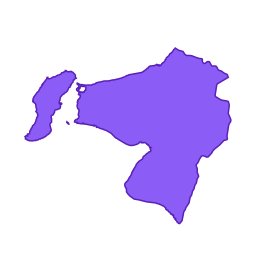 San Rafael del Yuma, La Altagracia, Dominican Republic, rotated 99°
{"feature_id": "3306468B72129908795789", "entity_name": "San Rafael del Yuma", "entity_type": "district", "adm_level": 2, "iso_a3": "DOM", "parent_name": "Dominican Republic", "parent_adm1": "La Altagracia", "projection": "equal_earth", "projection_center": [-68.667, 18.325], "detail": "fine", "context": "isolated", "style": "filled", "palette": "violet", "viewbox_px": 256, "rotation_deg": 99, "n_neighbors": 0, "source": "geoboundaries", "source_scale": "gbopen_adm2", "svg_char_len": 5852}
<svg xmlns="http://www.w3.org/2000/svg" viewBox="0 0 256 256"><g transform="rotate(99 128 128)"><path d="M62.3,36.9L60.2,38.0L59.5,38.7L58.7,41.8L57.2,44.5L56.6,47.9L53.8,49.9L53.2,50.7L53.1,51.8L53.7,54.1L53.4,55.2L49.9,57.9L49.8,59.1L50.1,60.2L52.0,61.8L52.4,63.0L51.9,64.0L50.9,64.9L48.6,65.3L48.0,65.9L48.2,68.1L47.5,72.7L46.7,76.1L46.7,78.4L47.2,81.5L46.4,83.3L43.8,85.6L43.3,90.1L41.7,93.8L42.5,94.0L43.2,95.0L46.2,96.2L46.7,97.0L47.7,97.3L47.9,98.0L48.5,98.5L50.0,98.8L52.7,101.1L54.0,101.2L54.6,101.9L55.7,101.9L58.0,103.3L58.2,104.0L59.3,104.7L60.6,105.1L61.7,106.3L61.7,106.8L60.8,106.7L60.9,107.6L61.5,107.6L61.6,108.7L61.1,109.1L60.8,108.9L60.6,109.5L61.5,110.3L61.9,111.5L62.5,112.0L62.5,113.0L63.1,114.4L63.1,115.5L64.1,116.8L64.7,117.3L65.5,117.4L66.1,118.5L67.1,119.0L70.9,122.9L75.3,135.4L76.0,136.3L76.5,137.6L78.3,139.6L78.8,141.1L79.5,141.8L81.0,145.4L81.5,145.9L81.5,146.7L82.6,149.0L82.9,150.6L84.6,154.7L85.3,158.9L87.0,162.9L87.4,164.5L88.0,165.2L88.3,166.4L89.8,167.7L90.3,169.5L91.5,171.1L91.6,173.1L91.9,174.8L92.3,175.9L92.3,177.6L92.5,177.7L92.3,180.5L92.8,181.3L92.6,181.7L92.8,182.6L92.5,182.6L92.5,183.3L92.0,183.5L91.9,184.6L91.6,184.8L91.8,185.3L93.0,184.8L93.0,184.0L93.7,183.3L94.8,183.0L96.1,183.3L96.3,182.9L96.2,181.7L95.4,181.7L94.2,181.1L94.0,178.6L93.6,178.1L94.2,176.1L95.0,175.7L96.4,176.0L97.0,175.6L97.9,176.6L99.3,176.9L99.3,177.4L99.7,177.6L99.6,177.9L99.9,177.9L100.1,178.5L99.7,179.9L99.8,180.8L100.2,180.7L100.3,180.0L100.7,180.7L100.4,181.7L99.3,182.0L98.8,182.7L97.5,182.6L97.0,182.1L96.5,182.2L96.6,183.1L96.1,183.9L97.3,184.8L98.3,184.8L98.9,184.4L100.0,182.2L100.5,181.8L102.5,182.2L103.0,181.6L103.1,180.1L103.8,180.0L106.4,180.4L107.0,181.2L108.5,182.0L109.1,181.6L109.8,182.1L110.6,182.1L111.2,181.6L114.1,181.8L116.4,180.9L117.9,179.1L123.0,179.2L123.7,178.3L124.2,178.2L126.1,178.6L126.9,179.4L127.6,179.5L127.7,180.5L128.8,181.7L130.4,181.8L130.6,180.7L130.4,178.7L130.9,178.6L130.9,179.0L131.3,179.0L131.0,177.9L131.2,177.3L131.1,173.8L130.9,173.4L130.4,173.7L130.1,173.4L130.3,172.6L130.9,172.4L130.9,171.1L130.6,170.6L130.8,170.4L131.1,162.9L130.6,162.5L130.6,162.0L131.3,162.0L131.3,161.4L130.8,161.1L130.7,160.3L131.3,159.4L132.0,159.5L132.3,159.0L131.9,157.2L132.6,156.4L133.1,153.3L133.0,152.3L133.4,151.8L133.8,149.2L135.8,143.9L139.8,138.5L140.1,136.9L140.6,136.2L144.0,127.7L144.7,124.6L144.9,122.5L144.2,119.8L142.5,116.3L141.4,115.0L140.2,114.2L139.8,113.1L139.8,112.6L140.5,112.5L140.4,111.9L140.1,111.9L140.3,110.6L139.8,110.0L140.0,108.2L140.7,107.1L141.1,106.9L141.2,105.5L141.9,105.5L142.6,104.1L143.7,103.6L143.7,102.3L144.5,103.0L145.1,102.5L145.8,102.5L146.1,102.0L147.1,101.9L147.6,102.1L148.7,104.0L149.6,104.3L150.4,105.6L151.9,106.5L153.9,108.5L155.5,108.6L156.8,109.3L159.4,112.2L162.8,114.2L164.0,114.3L168.2,116.1L168.9,116.0L169.3,116.5L170.7,116.8L171.2,117.3L172.9,117.3L175.8,118.3L176.1,118.7L176.6,118.6L177.1,119.1L180.2,120.1L182.2,121.8L183.6,122.3L184.9,122.3L187.2,121.2L188.2,120.1L191.3,119.5L193.1,117.8L194.9,115.5L197.2,110.9L197.3,106.0L198.0,98.0L197.7,88.5L198.1,87.4L198.2,84.9L198.5,84.8L198.9,82.6L199.4,81.8L199.4,80.8L201.0,78.4L202.2,78.0L202.4,77.4L202.9,77.1L202.9,76.0L204.4,74.8L204.4,74.0L204.9,73.1L206.0,72.7L206.0,72.0L206.3,72.0L206.4,71.2L206.8,70.9L206.6,70.4L206.8,69.6L207.5,69.8L207.7,69.2L208.8,69.1L209.5,68.5L209.9,66.9L210.8,67.3L212.2,65.5L213.3,64.7L214.3,63.0L214.3,62.0L211.1,60.1L202.0,59.8L200.0,58.8L197.4,58.3L192.5,56.0L186.8,55.8L184.3,54.7L180.4,54.4L177.8,53.3L174.1,53.0L171.7,51.9L167.2,51.7L165.0,50.7L164.1,50.9L160.8,52.8L157.4,53.2L154.3,54.9L153.6,54.9L150.8,53.3L148.1,52.7L144.6,51.2L143.9,50.4L143.7,49.5L143.8,48.0L144.5,45.7L143.9,44.2L139.6,41.4L137.5,40.7L135.3,39.3L130.4,34.8L125.5,31.5L124.1,28.6L123.4,28.1L120.3,29.0L109.8,29.0L107.9,28.7L105.9,27.7L104.3,27.6L103.3,27.9L97.9,31.3L89.8,31.5L86.8,32.7L86.2,33.1L85.9,33.9L85.8,39.1L85.6,40.8L83.5,46.0L82.9,46.7L81.9,47.1L72.0,47.1L70.5,46.8L62.3,36.9ZM116.8,226.2L118.4,223.4L119.3,222.8L122.4,221.9L123.8,221.1L125.0,221.1L126.1,221.6L127.4,220.1L129.7,218.9L130.6,219.3L131.3,219.2L131.8,219.7L136.1,220.2L138.8,221.0L140.9,222.7L142.4,222.8L143.1,223.1L143.4,223.6L144.7,223.6L146.0,224.4L149.0,224.4L149.8,226.4L150.5,226.3L151.2,226.8L151.1,226.0L151.6,225.9L151.8,227.7L152.6,228.4L153.6,227.7L154.8,227.6L154.7,227.1L155.5,226.0L156.0,223.6L155.7,220.5L154.7,217.4L154.8,217.0L153.9,215.7L153.9,215.1L152.6,213.7L152.6,212.9L151.7,211.8L151.2,210.5L150.5,209.6L149.8,209.3L149.5,208.3L147.0,206.3L146.9,205.8L145.1,204.4L144.1,204.3L143.5,203.6L142.0,203.5L136.8,205.8L135.5,205.4L134.2,204.4L130.9,204.9L129.4,205.6L127.6,205.6L126.8,204.1L125.3,203.4L124.2,203.4L123.8,203.0L122.1,203.1L121.4,202.6L121.2,201.5L119.5,198.4L118.0,198.0L115.6,198.3L114.8,197.3L114.1,197.3L114.1,197.9L113.9,197.8L113.7,198.3L114.9,198.9L114.7,199.7L112.7,200.1L111.3,199.5L110.9,199.7L108.0,199.5L105.5,197.9L104.6,197.1L104.5,196.6L103.8,196.5L102.0,194.4L100.8,193.6L97.7,192.9L97.2,192.6L96.9,191.8L95.5,191.3L94.6,191.6L94.3,190.9L92.9,190.6L91.3,189.5L90.5,189.7L89.5,189.2L88.9,189.3L88.8,188.7L87.5,187.9L86.9,186.9L86.1,187.8L83.8,188.4L81.8,190.9L81.3,192.1L81.3,193.0L81.1,193.0L81.3,194.3L81.7,194.8L81.8,196.9L81.0,198.0L81.0,198.8L81.7,198.8L81.9,199.3L82.4,199.5L82.5,200.0L83.3,200.5L83.9,202.2L85.3,202.8L86.5,204.6L86.9,205.8L89.1,208.4L89.1,209.7L91.0,211.8L91.6,213.1L91.7,214.2L91.4,214.9L90.5,215.1L90.6,215.8L92.6,216.1L94.1,217.2L94.8,217.2L96.2,218.3L97.6,218.8L97.7,219.2L98.5,219.0L98.9,219.7L99.5,219.3L100.3,220.1L101.3,220.2L101.8,221.0L102.8,221.0L103.7,221.6L105.7,222.0L106.9,223.2L112.4,226.0L115.1,226.4L116.5,225.5L116.5,226.2L116.8,226.2ZM133.4,187.1L132.4,187.5L131.4,189.3L132.2,189.3L132.3,188.4L132.8,188.3L133.1,187.7L133.4,187.5L133.4,187.1Z" fill="#8b5cf6" stroke="#5b21b6" stroke-width="1.5"/></g></svg>